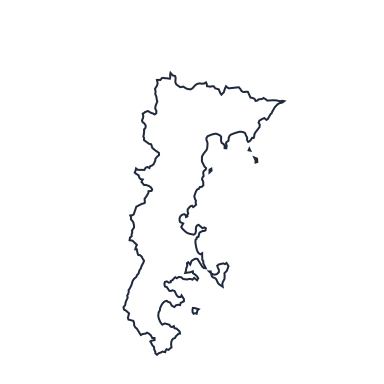 Ubatuba, São Paulo, Brazil (Natural Earth projection), rotated 322°
{"feature_id": "56859067B10562260302703", "entity_name": "Ubatuba", "entity_type": "district", "adm_level": 2, "iso_a3": "BRA", "parent_name": "Brazil", "parent_adm1": "São Paulo", "projection": "natural_earth1", "projection_center": [-45.033, -23.396], "detail": "fine", "context": "isolated", "style": "outline", "palette": "slate", "viewbox_px": 384, "rotation_deg": 322, "n_neighbors": 0, "source": "geoboundaries", "source_scale": "gbopen_adm2", "svg_char_len": 6068}
<svg xmlns="http://www.w3.org/2000/svg" viewBox="0 0 384 384"><g transform="rotate(322 192 192)"><path d="M248.4,84.9L247.0,86.1L245.9,87.7L244.4,89.1L243.1,88.0L242.1,86.7L240.8,85.8L239.7,84.4L238.4,83.7L236.0,84.3L234.8,83.1L233.3,82.1L232.5,84.1L231.3,85.7L229.5,86.8L226.4,87.9L225.2,90.3L223.4,92.2L222.4,95.5L221.1,97.4L220.5,99.2L216.0,101.9L214.4,103.6L213.8,106.3L212.2,108.0L210.2,107.8L209.6,106.0L208.6,104.7L207.1,101.0L204.2,100.1L202.8,100.2L201.4,99.9L200.5,102.0L199.1,103.4L196.7,104.8L196.1,106.4L196.6,108.2L196.6,110.5L195.7,112.1L194.2,113.1L192.8,113.1L191.6,114.8L189.1,117.3L187.8,118.3L187.5,119.9L186.1,121.6L187.8,127.5L189.2,129.3L187.9,132.7L188.5,136.0L190.0,140.8L188.8,142.6L185.6,142.8L183.5,143.4L182.3,144.7L178.7,146.5L176.9,146.5L174.7,145.9L173.2,146.9L172.3,144.9L170.5,144.3L168.1,145.3L163.0,141.2L162.4,139.0L160.9,140.3L158.8,141.5L159.1,143.1L160.2,146.0L159.4,147.7L159.3,150.1L160.9,151.8L158.4,153.0L158.5,157.0L160.0,158.0L161.8,160.8L162.5,163.2L162.2,165.5L160.8,166.2L158.2,164.6L157.0,165.9L153.5,167.4L150.5,168.1L148.3,171.4L146.9,171.3L145.3,170.5L139.1,169.3L132.2,173.8L130.8,173.6L128.9,172.5L128.4,174.5L127.1,175.8L127.2,179.3L125.7,182.8L124.4,184.3L120.9,185.5L120.2,186.9L118.4,188.1L117.1,189.8L115.1,189.7L113.1,191.6L115.1,193.6L116.0,199.8L114.0,200.7L112.0,202.3L113.2,203.1L111.3,207.0L110.9,208.6L112.1,209.7L112.6,212.0L112.1,214.0L111.9,216.6L110.1,217.8L106.8,219.2L104.3,220.9L102.7,221.2L99.4,223.5L97.8,223.5L95.9,224.6L92.7,224.8L90.6,225.5L86.9,228.1L83.6,229.7L81.6,230.3L80.5,231.9L79.0,233.0L77.2,233.7L76.3,235.6L72.0,237.9L69.7,240.0L67.1,240.6L66.0,242.8L66.9,244.7L67.7,248.9L64.1,251.6L63.4,253.4L66.4,257.4L65.8,259.4L64.3,261.5L64.0,263.6L64.4,265.9L63.6,273.2L65.5,273.5L68.5,275.1L69.9,275.1L70.9,277.2L71.3,279.7L70.8,282.6L72.6,284.0L71.3,285.7L68.6,284.3L67.2,284.1L66.4,288.8L66.7,290.8L65.3,292.7L64.7,295.3L63.8,296.7L64.2,298.7L66.8,298.6L68.4,299.3L70.4,299.5L72.3,301.7L73.6,300.7L75.1,300.2L76.2,301.9L80.2,301.8L81.6,299.4L83.4,297.4L85.2,296.3L87.0,296.0L88.8,296.6L90.3,295.8L94.0,295.4L95.4,296.2L96.4,294.2L95.7,290.1L94.3,288.6L95.1,286.5L93.2,286.2L92.2,284.7L92.4,282.6L89.7,278.9L86.9,278.2L86.9,275.3L87.8,271.7L89.0,269.0L91.6,266.3L93.6,265.6L95.5,263.8L97.8,262.6L99.8,261.8L102.0,261.4L103.4,261.5L105.1,262.2L105.4,263.8L106.7,265.6L106.1,269.3L107.3,271.8L109.7,271.4L111.6,272.3L113.0,273.8L114.8,272.4L118.3,273.2L119.7,271.4L120.1,267.0L118.5,267.8L116.7,266.5L116.3,264.2L117.3,259.3L116.1,257.4L114.4,257.0L113.3,255.9L113.6,251.5L112.5,249.8L113.5,247.6L115.2,246.2L117.1,246.9L117.9,249.1L119.6,250.0L120.6,249.0L122.4,249.5L124.3,249.0L126.4,248.9L127.0,250.7L129.3,250.8L131.1,252.7L131.5,255.2L134.4,258.0L136.2,258.7L137.4,259.7L138.4,261.4L140.8,261.0L141.7,264.7L143.8,263.8L144.0,261.5L143.6,258.9L142.8,256.7L143.8,255.0L141.5,254.3L136.8,251.6L138.5,250.5L140.2,248.8L142.8,247.3L144.2,245.0L145.8,245.0L145.9,248.1L149.3,246.0L152.6,246.4L154.0,246.9L155.1,248.1L154.1,257.2L154.5,259.2L155.9,260.6L157.0,255.1L158.3,253.5L158.4,251.7L162.3,246.5L160.3,246.3L159.5,244.3L159.9,241.5L161.0,238.7L162.8,235.2L164.2,233.1L165.5,231.8L166.9,231.7L167.9,230.7L169.5,231.3L171.4,229.7L173.0,228.7L176.3,229.2L177.5,230.2L179.0,230.5L180.6,229.1L179.9,227.5L178.0,227.0L177.0,221.9L175.3,221.5L173.8,222.0L172.2,223.6L170.7,225.6L168.9,226.8L167.1,226.7L164.3,223.4L163.0,221.2L162.3,218.8L161.8,214.6L162.0,212.9L165.7,211.4L164.1,208.3L164.7,206.8L166.1,205.0L167.7,204.1L169.3,203.8L170.9,204.1L172.3,204.7L172.7,206.4L171.9,208.1L173.4,208.4L174.4,207.0L175.8,206.6L176.5,204.7L178.0,203.0L180.1,202.5L182.2,202.3L183.6,202.9L183.6,204.6L185.0,204.7L187.4,204.5L188.5,202.4L189.7,201.4L190.0,199.4L191.2,196.7L195.3,194.1L197.5,193.2L199.5,193.7L201.3,192.9L202.9,194.0L205.1,193.7L207.3,190.5L207.6,188.3L209.2,187.0L211.0,186.6L212.3,184.3L213.5,183.0L214.9,182.7L216.5,182.8L217.8,181.9L217.5,179.6L218.7,173.9L221.6,170.3L224.8,168.9L229.2,167.9L231.1,166.7L234.1,163.4L234.8,162.0L235.4,159.9L236.8,158.2L238.8,157.7L243.0,158.9L245.1,159.9L246.7,160.7L248.0,162.7L248.8,164.5L249.1,166.2L246.3,169.7L245.6,171.7L246.4,173.5L246.2,175.7L244.7,177.5L245.9,178.7L247.8,177.0L248.6,174.7L250.1,173.9L252.2,174.1L254.6,171.7L256.4,170.8L258.3,170.8L262.7,172.2L266.6,173.8L267.9,174.9L269.0,176.0L270.1,178.1L269.3,180.9L269.0,183.0L267.4,184.9L267.1,187.1L268.7,187.5L270.9,187.0L272.8,186.3L273.8,187.4L275.1,186.6L276.9,184.8L278.9,184.0L285.2,182.4L286.8,180.7L287.1,178.4L289.0,177.3L291.2,177.5L294.5,178.2L295.1,181.0L296.5,181.2L301.9,179.0L303.2,179.0L304.5,178.2L309.4,176.2L311.7,175.8L313.9,175.6L315.9,176.0L318.2,177.1L320.6,177.2L319.2,175.6L317.3,174.8L315.2,172.1L312.9,170.0L307.6,166.3L307.1,164.0L306.2,161.9L304.7,161.9L301.4,160.0L299.8,160.2L298.2,159.4L298.6,157.1L297.6,155.1L296.2,153.6L297.7,147.5L296.3,146.2L295.0,145.6L293.9,144.6L293.2,142.9L293.5,140.6L293.3,138.2L285.0,133.1L284.2,131.6L283.9,129.6L281.8,130.7L278.4,133.0L275.1,133.4L275.3,130.9L276.3,127.6L274.1,124.6L274.2,122.1L272.8,120.9L271.4,120.4L269.0,117.9L270.1,115.9L270.5,114.2L268.0,113.9L266.4,112.7L265.1,111.3L263.6,110.4L261.8,109.9L260.0,109.9L256.6,110.5L254.9,110.5L253.6,109.9L251.3,107.2L250.0,103.6L247.3,102.2L246.2,98.9L245.9,97.1L246.6,95.0L249.2,92.2L250.1,90.3L248.6,88.3L248.4,84.9ZM157.0,267.8L155.8,270.3L155.9,272.2L157.0,273.8L157.4,275.6L156.4,279.7L156.6,281.7L157.9,285.5L158.9,283.6L160.5,282.1L164.1,280.5L166.3,277.9L167.5,276.0L171.0,275.5L175.1,272.9L175.5,269.2L173.6,269.1L172.8,267.6L168.6,265.6L166.5,265.6L165.7,267.7L165.3,269.9L163.9,271.7L161.3,272.0L159.4,271.4L158.1,270.2L157.0,267.8ZM120.7,290.8L123.4,288.6L125.1,288.5L122.8,285.3L121.3,283.9L119.9,285.1L118.5,287.0L118.3,288.9L120.0,289.5L120.7,290.8ZM261.9,208.6L263.8,205.8L262.3,203.1L261.6,206.2L260.2,207.9L261.9,208.6ZM217.8,187.4L220.6,187.2L221.6,185.5L219.6,185.2L217.8,187.4ZM263.9,193.1L262.3,194.0L263.4,195.3L263.9,193.1ZM157.0,267.8L157.8,266.1L156.6,265.1L157.0,267.8Z" fill="none" stroke="#1e293b" stroke-width="2"/></g></svg>